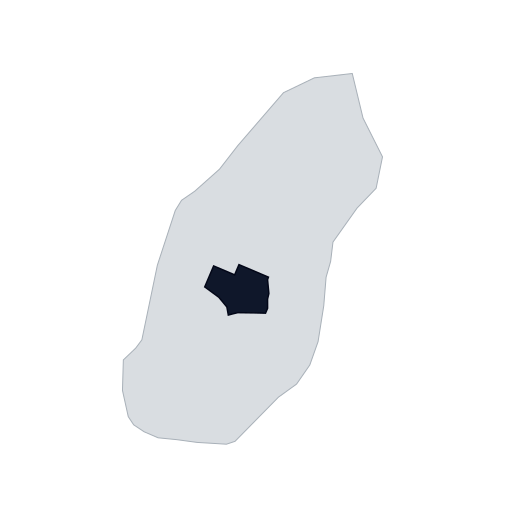 location of 82, Ar Rayyān, Qatar, rotated 23°
{"feature_id": "91078587B69331061466095", "entity_name": "82", "entity_type": "district", "adm_level": 2, "iso_a3": "QAT", "parent_name": "Qatar", "parent_adm1": "Ar Rayyān", "projection": "natural_earth1", "projection_center": [51.205, 25.205], "detail": "fine", "context": "in_parent", "style": "filled", "palette": "ink", "viewbox_px": 512, "rotation_deg": 23, "n_neighbors": 0, "source": "geoboundaries", "source_scale": "gbopen_adm2", "svg_char_len": 864}
<svg xmlns="http://www.w3.org/2000/svg" viewBox="0 0 512 512"><g transform="rotate(23 256 256)"><path d="M274.6,450.6L255.2,455.9L236.9,461.6L221.6,461.5L209.4,459.2L201.2,453.8L185.6,431.9L174.5,403.5L181.3,387.7L183.7,377.8L168.8,303.0L163.9,245.6L165.7,233.8L174.3,220.3L188.5,190.3L196.1,161.5L217.5,94.9L240.1,69.2L273.3,50.4L300.6,87.2L333.7,115.3L340.1,146.7L330.3,172.4L321.4,213.1L326.8,231.8L328.8,248.1L337.8,275.3L346.6,310.6L348.1,335.3L343.4,358.0L331.8,377.2L309.1,434.8L302.3,440.8L274.6,450.6Z" fill="#d9dde1" stroke="#a8b0b8" stroke-width="1"/><path d="M220.9,281.7L220.9,304.5L237.9,308.5L249.1,314.3L253.6,321.2L257.0,318.5L261.3,315.3L277.2,308.8L287.1,304.9L287.1,299.6L283.5,291.2L283.2,289.6L282.5,285.5L275.9,273.3L275.7,270.6L271.5,270.6L243.7,270.6L243.7,281.7L220.9,281.7Z" fill="#0f172a" stroke="#020617" stroke-width="1.5"/></g></svg>